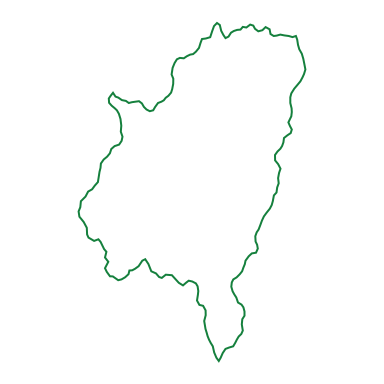 outline of Muzambinho, Minas Gerais, Brazil
{"feature_id": "56859067B59746480079814", "entity_name": "Muzambinho", "entity_type": "district", "adm_level": 2, "iso_a3": "BRA", "parent_name": "Brazil", "parent_adm1": "Minas Gerais", "projection": "equal_earth", "projection_center": [-46.515, -21.373], "detail": "fine", "context": "isolated", "style": "outline", "palette": "green", "viewbox_px": 384, "rotation_deg": 0, "n_neighbors": 0, "source": "geoboundaries", "source_scale": "gbopen_adm2", "svg_char_len": 2921}
<svg xmlns="http://www.w3.org/2000/svg" viewBox="0 0 384 384"><path d="M266.6,212.7L269.8,208.7L271.7,205.1L272.8,201.2L273.9,195.4L276.5,192.5L277.2,187.4L278.7,183.3L278.1,178.1L279.1,172.8L280.5,168.7L278.2,164.2L275.1,160.4L275.0,155.0L277.5,151.5L280.4,148.7L282.1,146.0L283.4,142.4L284.0,138.0L287.4,135.3L290.7,133.1L291.8,129.5L290.0,126.1L288.4,122.4L289.9,119.2L291.3,116.3L291.8,112.1L291.6,108.4L290.3,103.0L290.3,97.3L291.3,93.4L294.3,88.6L297.1,85.3L300.4,81.3L302.5,77.4L304.0,74.1L305.4,69.5L304.4,64.3L303.3,58.8L301.8,53.7L299.3,49.3L298.0,44.8L297.2,39.6L295.9,36.0L292.5,37.1L288.8,36.0L284.3,35.4L280.3,34.6L276.7,35.6L273.7,36.0L270.5,34.0L269.6,29.3L265.6,27.1L262.4,30.2L258.3,31.3L255.0,28.8L253.3,25.6L250.2,24.6L246.4,27.5L242.8,26.9L240.5,29.6L237.1,29.9L233.8,31.0L231.0,32.7L228.5,36.6L225.5,38.1L223.4,35.0L221.2,30.8L219.8,25.0L217.0,23.0L214.0,26.1L212.1,31.4L210.2,37.2L205.8,38.5L202.0,39.0L200.6,42.7L199.0,47.9L195.9,51.7L193.1,54.1L190.2,54.6L186.9,56.2L183.8,58.3L179.9,57.9L176.9,59.3L174.6,63.0L172.6,67.9L171.6,74.5L173.3,78.7L173.2,83.9L172.2,89.1L171.1,92.6L168.4,95.8L165.7,97.8L163.8,100.3L161.4,101.7L158.0,103.0L155.1,107.0L153.2,110.3L149.8,111.2L146.5,109.5L143.9,106.9L141.9,103.4L139.0,101.2L135.4,101.7L131.9,102.2L128.8,103.0L125.9,100.9L121.9,100.1L118.3,97.6L115.5,96.6L113.0,92.8L110.7,95.7L108.8,98.5L109.1,102.8L111.7,105.7L114.7,108.2L116.9,110.3L118.9,113.8L120.5,119.0L121.3,125.7L120.8,131.7L122.5,136.7L121.6,140.9L119.1,144.6L114.6,146.1L111.3,149.0L109.9,153.3L107.1,156.7L103.7,159.5L100.9,163.5L100.5,167.9L99.5,171.9L98.7,177.1L97.9,182.1L94.8,185.6L92.1,189.3L88.1,191.6L85.5,196.6L80.9,201.2L80.3,207.2L78.6,211.4L79.4,216.7L83.7,222.0L86.8,227.8L87.1,234.5L88.5,237.6L94.1,240.9L98.4,239.3L100.6,241.9L104.1,249.1L106.4,251.8L105.0,257.5L108.3,261.8L105.0,268.2L106.8,271.9L110.0,276.3L112.8,276.4L118.2,280.2L121.5,279.4L125.1,277.3L128.5,274.2L129.4,270.5L132.2,270.3L135.0,268.8L138.6,266.2L142.3,260.7L145.2,259.2L148.4,264.0L151.3,271.3L156.0,273.4L159.1,277.0L161.8,277.9L165.8,274.7L171.9,275.2L178.8,282.8L183.0,285.4L186.1,282.7L188.7,280.7L192.3,281.5L195.9,283.4L197.6,286.3L198.3,291.1L197.9,294.8L197.0,300.5L199.4,304.9L203.1,305.8L205.6,310.4L205.7,315.2L204.2,321.0L205.5,328.9L206.7,332.8L207.6,336.1L209.0,339.6L210.7,342.9L212.8,346.3L214.2,352.5L216.4,357.7L218.8,361.0L220.7,357.7L222.7,353.1L225.5,348.9L229.2,347.5L233.2,346.3L235.3,342.7L236.8,339.7L238.7,336.5L241.3,334.0L242.8,330.6L241.8,324.4L242.3,319.2L244.5,315.7L244.5,311.5L243.4,307.3L241.5,304.6L238.0,302.5L236.3,297.5L234.3,294.4L232.6,291.3L231.3,286.7L231.8,282.4L233.3,279.4L236.6,277.4L239.7,274.3L242.1,271.3L243.4,267.6L244.8,264.2L245.5,260.7L248.7,256.3L251.8,253.4L256.0,252.7L257.8,248.6L257.1,244.7L255.6,241.6L255.3,236.2L256.7,232.3L258.6,229.5L260.3,225.1L261.9,220.7L263.9,216.4L266.6,212.7Z" fill="none" stroke="#15803d" stroke-width="2"/></svg>